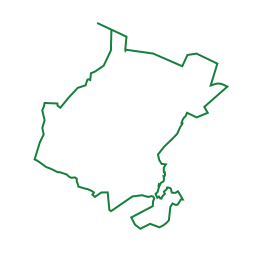 outline of Mubi North, Adamawa, Nigeria, rotated 283°
{"feature_id": "59680162B22484757822523", "entity_name": "Mubi North", "entity_type": "district", "adm_level": 2, "iso_a3": "NGA", "parent_name": "Nigeria", "parent_adm1": "Adamawa", "projection": "mercator", "projection_center": [13.301, 10.352], "detail": "fine", "context": "isolated", "style": "outline", "palette": "green", "viewbox_px": 256, "rotation_deg": 283, "n_neighbors": 0, "source": "geoboundaries", "source_scale": "gbopen_adm2", "svg_char_len": 2010}
<svg xmlns="http://www.w3.org/2000/svg" viewBox="0 0 256 256"><g transform="rotate(283 128 128)"><path d="M190.7,215.5L192.0,209.4L191.7,206.0L190.7,203.5L189.7,201.8L188.0,199.0L210.8,200.6L215.9,178.0L212.5,169.5L200.4,167.0L204.7,143.7L206.2,135.8L203.8,108.6L202.8,108.1L203.7,107.7L216.6,106.0L223.4,74.3L220.1,89.7L199.9,93.9L183.3,90.3L175.8,83.4L173.0,79.6L166.3,80.4L166.5,78.3L165.7,77.5L160.1,77.1L155.8,70.0L145.9,64.3L143.6,63.0L138.7,60.6L132.5,57.5L133.9,54.4L136.0,53.7L133.6,41.1L130.2,41.2L125.9,40.5L116.8,45.0L108.8,44.5L102.7,47.3L94.1,45.3L76.4,44.1L76.1,45.8L75.3,48.2L71.5,57.3L71.2,60.2L70.5,63.8L69.1,69.4L69.6,71.8L68.9,78.8L67.0,82.1L66.8,84.3L67.9,87.3L67.1,89.5L65.3,89.8L63.9,90.3L62.3,91.6L60.9,92.3L59.7,92.9L59.5,96.2L59.3,100.2L59.4,102.0L59.1,103.5L58.9,105.1L58.5,106.6L58.1,107.9L57.7,108.9L57.4,109.3L55.0,108.3L53.4,111.2L59.2,116.6L60.7,122.7L43.9,128.3L43.2,130.2L62.3,147.7L65.6,156.6L65.6,158.6L65.4,159.8L65.5,160.9L65.3,161.7L65.6,162.3L65.4,163.5L66.9,166.0L66.8,168.0L65.2,169.4L62.4,168.9L57.4,169.7L41.6,151.3L35.3,156.7L32.6,162.7L39.6,171.1L38.3,181.0L40.7,183.9L42.6,185.6L43.9,186.6L45.3,187.5L47.3,188.6L60.6,187.0L64.5,188.4L63.8,191.8L64.6,193.7L70.2,195.6L70.6,197.5L74.4,194.0L77.6,190.9L75.5,188.8L75.0,186.5L75.0,185.1L78.4,183.5L79.0,182.3L79.0,180.1L78.7,179.4L77.6,179.7L74.0,177.3L72.2,178.7L68.8,176.7L66.7,176.5L66.6,175.4L68.1,173.6L66.6,172.3L69.9,169.7L71.6,170.7L72.3,171.2L74.9,171.3L78.3,171.6L78.3,170.8L80.4,170.8L80.2,172.0L81.9,172.4L82.6,173.1L83.5,174.3L84.2,174.6L85.2,174.7L86.2,174.6L87.4,174.1L88.9,173.5L88.8,173.9L88.8,174.2L90.0,174.6L90.4,174.7L91.8,174.3L92.8,174.0L92.4,173.5L93.2,172.8L97.3,171.8L101.1,173.1L100.6,168.9L103.7,165.7L108.9,163.2L117.9,167.4L127.2,173.5L133.3,177.2L135.0,177.6L139.3,178.4L141.5,178.9L142.6,179.4L143.6,179.8L144.9,180.0L144.9,179.0L148.9,179.5L151.1,180.5L152.5,181.5L156.1,182.1L153.8,192.5L160.7,202.3L165.7,197.6L190.7,215.5Z" fill="none" stroke="#15803d" stroke-width="2"/></g></svg>